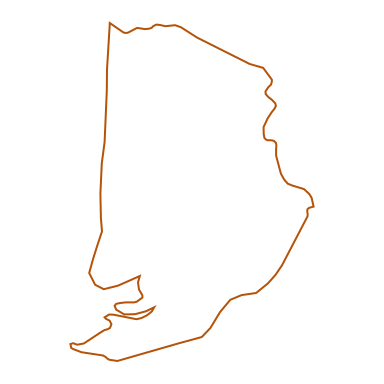 SVG path tracing the border of Cà Mau
{"feature_id": "VNM-507", "entity_name": "Cà Mau", "entity_type": "Province", "adm_level": 1, "iso_a3": "VNM", "parent_name": "Vietnam", "parent_adm1": "", "projection": "albers", "projection_center": [105.046, 9.05], "detail": "fine", "context": "isolated", "style": "outline", "palette": "amber", "viewbox_px": 384, "rotation_deg": 0, "n_neighbors": 0, "source": "natural_earth", "source_scale": "10m", "svg_char_len": 1564}
<svg xmlns="http://www.w3.org/2000/svg" viewBox="0 0 384 384"><path d="M313.6,206.6L309.2,207.8L307.5,209.2L307.2,210.8L307.7,214.7L307.5,216.4L282.0,265.3L275.5,274.9L267.9,283.4L256.1,293.0L241.6,295.1L230.3,299.8L220.1,312.0L210.4,328.0L201.8,337.0L178.8,343.3L117.3,361.0L109.2,359.7L107.2,358.5L105.5,356.9L103.0,355.5L81.4,352.2L73.2,349.1L71.3,348.0L70.4,344.1L73.1,343.2L77.2,344.7L83.8,343.5L100.8,332.3L104.5,330.1L107.6,329.2L110.0,327.9L111.4,324.2L109.7,320.7L106.1,318.9L104.6,317.3L109.2,314.5L113.6,314.7L136.4,319.2L141.3,318.1L147.0,315.3L151.8,311.5L154.2,307.3L145.9,311.3L135.0,314.2L124.2,314.4L116.3,309.7L114.6,305.9L116.1,303.9L120.1,303.0L125.7,302.4L134.0,302.4L136.6,301.8L142.4,297.6L142.4,295.4L139.0,289.5L138.0,282.5L139.8,276.0L117.9,285.7L103.7,289.2L95.1,284.7L89.2,273.0L92.9,259.6L96.7,247.4L102.0,231.4L100.9,218.1L100.4,193.5L101.8,163.2L104.6,142.1L106.8,90.8L107.0,69.6L109.4,30.0L109.8,23.0L110.1,23.2L123.2,32.3L124.9,32.9L127.7,32.8L137.1,27.9L144.9,29.1L148.9,28.7L151.7,27.8L153.4,26.0L156.4,24.6L160.0,25.0L165.4,26.2L175.1,25.2L180.9,27.2L197.1,37.6L249.7,64.0L263.2,67.9L271.8,79.6L271.9,81.5L271.0,84.6L268.3,87.2L265.5,91.4L265.7,94.1L268.4,97.1L272.1,100.0L275.3,103.4L275.9,105.8L274.7,108.4L271.5,112.5L267.7,118.3L263.6,127.0L263.7,133.9L264.4,137.9L266.0,139.6L267.8,140.3L269.9,140.2L272.0,140.4L273.9,140.9L275.9,142.8L276.4,145.5L276.1,148.8L276.1,155.6L280.9,173.7L284.2,179.6L287.8,183.7L292.2,185.5L304.0,189.1L309.4,194.1L311.6,197.8L313.6,206.6Z" fill="none" stroke="#b45309" stroke-width="2"/></svg>